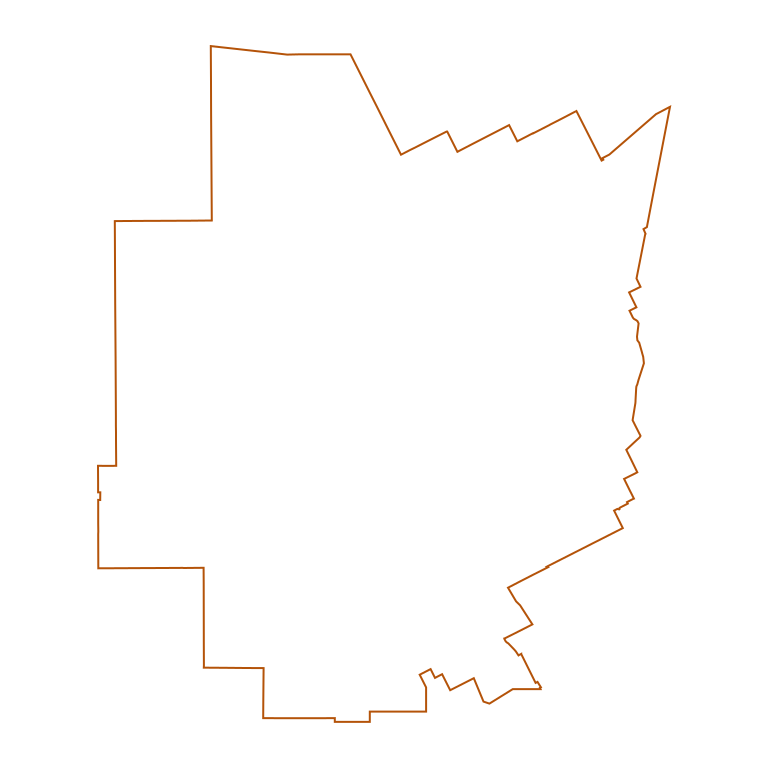 the district of Toodyay, Western Australia, Australia
{"feature_id": "25037944B97460463632510", "entity_name": "Toodyay", "entity_type": "district", "adm_level": 2, "iso_a3": "AUS", "parent_name": "Australia", "parent_adm1": "Western Australia", "projection": "albers", "projection_center": [116.439, -31.47], "detail": "fine", "context": "isolated", "style": "outline", "palette": "amber", "viewbox_px": 768, "rotation_deg": 0, "n_neighbors": 0, "source": "geoboundaries", "source_scale": "gbopen_adm2", "svg_char_len": 2934}
<svg xmlns="http://www.w3.org/2000/svg" viewBox="0 0 768 768"><path d="M98.3,568.3L122.2,568.2L139.9,568.1L163.2,568.0L180.7,567.9L182.8,567.9L183.6,568.0L203.6,567.8L203.7,583.6L203.8,635.7L203.8,637.2L203.8,640.7L203.9,665.5L203.8,667.7L208.9,667.7L224.1,667.8L245.3,668.0L263.6,668.1L263.5,678.4L263.3,700.9L263.2,718.1L270.1,718.1L275.6,718.2L276.3,718.2L277.8,718.2L303.1,718.2L322.1,718.2L334.8,718.1L334.8,721.9L335.7,721.9L352.0,721.9L352.3,721.9L369.8,721.9L369.8,711.6L392.6,711.6L426.1,711.6L426.1,687.4L419.7,674.7L430.6,669.1L435.0,677.9L442.1,674.2L450.2,690.2L473.8,678.2L481.3,696.3L483.5,701.6L489.4,703.6L489.6,703.5L501.5,696.1L512.8,689.1L527.8,689.1L539.0,689.1L540.5,689.1L539.9,687.8L540.9,687.3L537.5,681.9L535.6,682.9L523.6,658.8L521.2,654.0L521.2,653.9L518.8,655.2L518.5,655.4L516.3,652.1L515.7,651.2L515.3,650.8L514.3,649.6L513.9,649.2L508.6,643.7L508.2,643.3L507.7,643.0L507.4,642.8L507.0,642.6L506.6,642.2L506.0,641.7L505.7,641.3L505.4,640.9L505.2,640.4L504.5,639.2L504.3,638.5L504.7,638.4L511.7,634.9L528.3,626.5L532.4,624.4L520.1,605.3L516.1,601.4L508.0,587.7L520.9,581.0L533.0,574.8L547.9,567.3L547.4,567.0L546.8,566.7L547.7,566.2L560.1,559.9L574.1,552.8L592.8,543.3L615.9,531.6L622.8,528.1L614.1,510.6L617.4,508.9L619.2,509.4L619.5,509.2L619.6,507.8L627.8,503.6L627.0,502.1L633.6,498.7L633.9,498.6L630.7,492.2L630.5,491.9L624.1,478.9L635.8,473.1L637.3,472.3L632.0,461.4L626.3,449.8L633.9,442.7L639.1,437.9L639.6,437.4L640.5,435.9L640.4,435.6L639.0,432.9L634.9,424.8L632.6,420.2L635.4,403.0L635.4,402.7L635.5,401.7L635.5,400.9L636.2,388.0L636.4,386.4L637.3,384.4L638.4,380.3L643.9,363.3L643.2,356.8L642.1,353.0L642.1,352.8L639.2,342.7L637.4,340.4L637.0,336.7L638.6,323.4L638.5,323.2L637.5,321.2L636.4,320.3L633.8,318.8L632.8,317.5L629.6,310.9L629.5,310.7L636.4,307.3L629.1,292.4L640.5,286.8L636.5,278.5L640.9,256.2L645.3,233.8L645.5,233.7L643.5,229.1L646.9,227.1L647.4,224.4L653.3,193.4L670.0,106.8L657.1,113.6L656.2,114.0L609.3,154.6L609.1,154.7L605.8,156.4L602.5,158.1L603.3,159.7L601.8,160.5L601.6,160.6L591.0,139.7L584.7,127.3L584.6,127.1L576.4,111.0L563.4,117.8L549.9,124.7L549.7,124.9L533.1,133.4L533.0,133.2L532.8,133.3L528.9,135.3L528.4,135.6L524.5,137.6L517.3,141.3L509.1,125.1L472.2,144.1L457.4,151.8L447.2,131.5L446.9,131.5L446.5,131.6L429.7,140.1L414.4,147.9L410.7,149.7L409.9,150.1L401.0,154.7L388.5,129.9L377.0,106.9L369.8,92.7L358.7,70.6L350.5,54.3L332.6,54.3L321.5,54.3L303.8,54.3L301.1,54.3L287.1,54.6L268.9,52.5L256.8,51.2L232.5,48.5L210.8,46.1L211.0,81.8L211.1,114.7L211.7,205.7L211.8,220.5L191.2,220.7L169.0,220.8L143.7,220.9L126.4,221.0L114.8,221.1L114.9,238.2L115.0,262.1L115.2,304.3L115.6,360.1L115.9,416.5L115.9,425.0L115.9,425.5L116.0,432.5L116.0,440.6L116.2,465.8L109.5,465.9L98.0,465.8L98.1,482.1L98.1,492.3L100.3,492.3L100.2,500.0L98.2,499.9L98.2,509.1L98.2,513.2L98.2,522.0L98.2,523.2L98.3,531.6L98.2,534.1L98.3,568.3Z" fill="none" stroke="#b45309" stroke-width="2"/></svg>